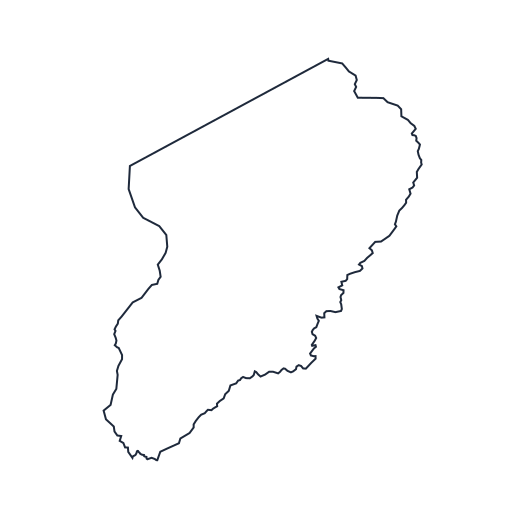 Bamingui, Bamingui-Bangoran, Central African Republic (Natural Earth projection), rotated 255°
{"feature_id": "33826404B40726346610529", "entity_name": "Bamingui", "entity_type": "district", "adm_level": 2, "iso_a3": "CAF", "parent_name": "Central African Republic", "parent_adm1": "Bamingui-Bangoran", "projection": "natural_earth1", "projection_center": [19.692, 7.894], "detail": "fine", "context": "isolated", "style": "outline", "palette": "slate", "viewbox_px": 512, "rotation_deg": 255, "n_neighbors": 0, "source": "geoboundaries", "source_scale": "gbopen_adm2", "svg_char_len": 3099}
<svg xmlns="http://www.w3.org/2000/svg" viewBox="0 0 512 512"><g transform="rotate(255 256 256)"><path d="M93.0,84.4L93.7,84.8L94.2,85.1L94.6,85.9L94.6,86.8L95.1,88.2L96.5,89.5L97.9,90.3L98.3,90.7L98.4,91.2L98.2,91.6L96.9,92.0L96.0,92.7L95.2,92.8L93.8,94.1L92.8,96.2L92.3,95.9L91.3,96.4L90.3,98.2L88.6,97.9L87.8,98.5L88.1,102.9L86.2,105.6L84.6,106.9L84.3,107.8L89.7,111.5L91.7,112.9L93.0,120.3L95.1,133.1L99.3,135.7L102.2,146.0L106.5,151.4L109.5,152.2L112.3,155.2L115.1,158.9L116.9,161.9L117.4,165.8L118.7,167.7L119.9,169.7L119.5,170.8L118.6,173.1L119.6,174.9L120.4,177.5L120.9,179.6L123.5,180.1L125.3,183.5L126.8,187.9L130.5,190.5L132.8,194.8L137.6,197.8L138.1,203.9L140.3,206.5L140.3,208.4L141.8,210.1L142.5,212.2L140.6,214.8L139.5,218.4L140.6,221.4L141.6,223.0L144.9,225.0L143.8,226.2L141.1,227.4L138.4,229.2L139.1,234.1L140.8,238.7L139.8,242.5L136.9,247.0L138.0,249.4L139.3,251.1L140.3,253.5L139.6,254.9L136.9,256.7L134.6,259.6L134.9,261.9L136.3,265.3L138.7,266.5L139.5,269.0L138.1,271.1L135.2,272.4L134.3,275.0L138.6,281.9L141.4,287.0L143.9,287.6L144.3,285.8L145.7,283.3L147.8,283.0L151.7,288.0L152.8,290.4L154.5,290.4L154.7,287.0L155.7,286.9L158.9,290.7L161.2,292.9L163.7,292.5L165.8,290.4L168.3,290.3L169.9,291.7L171.1,293.5L171.6,295.8L174.8,298.1L177.1,299.9L179.7,299.1L182.5,299.0L181.5,300.4L179.5,303.3L179.0,306.2L183.1,307.1L184.5,309.7L183.6,313.7L181.2,318.2L180.9,323.9L182.6,325.2L187.3,325.8L189.7,325.5L191.2,326.9L192.9,327.0L194.5,327.0L196.2,328.1L197.7,330.9L200.3,331.7L202.5,328.0L204.4,327.5L205.3,331.7L209.0,331.8L208.8,336.2L210.1,338.1L214.0,339.3L214.5,342.3L214.8,347.4L214.7,352.5L216.4,355.6L218.8,355.7L221.1,353.3L222.4,355.0L223.2,359.4L225.4,362.8L228.6,369.5L231.5,369.4L234.2,367.6L238.8,374.8L237.6,380.5L241.0,390.1L246.3,396.8L248.3,399.2L250.7,398.4L252.9,400.0L258.5,402.9L262.8,406.2L264.6,409.5L266.7,412.5L268.6,414.8L271.5,415.5L273.8,418.9L276.2,421.4L280.8,421.3L281.6,424.9L283.2,427.0L286.3,426.9L289.9,431.9L295.6,433.1L298.1,435.6L301.5,439.7L303.5,439.7L306.0,440.5L308.0,439.6L311.8,439.2L315.4,439.4L317.3,441.0L320.1,442.6L321.3,443.2L323.3,442.2L325.9,440.6L328.3,441.6L330.6,441.4L331.6,440.2L332.3,438.4L334.0,438.2L337.5,443.2L340.7,442.6L344.2,439.8L348.1,438.0L353.3,432.6L360.2,434.2L364.6,431.8L370.5,422.9L375.5,419.9L377.2,414.5L380.5,402.7L382.5,395.3L389.9,393.5L393.4,396.5L396.4,395.9L399.9,398.9L404.5,398.9L410.2,393.5L414.3,391.7L419.7,389.1L425.9,376.5L427.7,376.7L375.6,157.5L353.6,150.3L334.3,151.7L322.1,156.9L309.9,170.3L299.5,174.8L287.9,172.7L282.4,169.5L277.1,164.2L273.1,158.9L266.8,159.2L260.6,158.5L258.3,155.6L254.7,153.4L255.0,147.9L252.2,143.7L245.2,134.6L243.1,124.9L232.2,110.4L229.5,106.3L226.4,105.0L224.2,102.5L221.8,100.4L220.0,100.9L217.2,98.8L213.3,99.3L210.4,99.3L207.7,97.9L206.4,96.5L203.8,98.2L202.7,99.6L198.3,100.4L195.0,101.0L191.0,99.9L185.5,94.7L181.0,91.9L177.0,91.6L163.8,86.7L159.2,81.9L149.8,77.0L146.1,68.8L137.1,68.8L128.1,74.5L123.1,73.9L118.5,75.6L117.0,79.2L112.7,76.5L109.7,79.5L105.0,80.0L104.1,82.7L99.8,81.9L93.0,84.4Z" fill="none" stroke="#1e293b" stroke-width="2"/></g></svg>